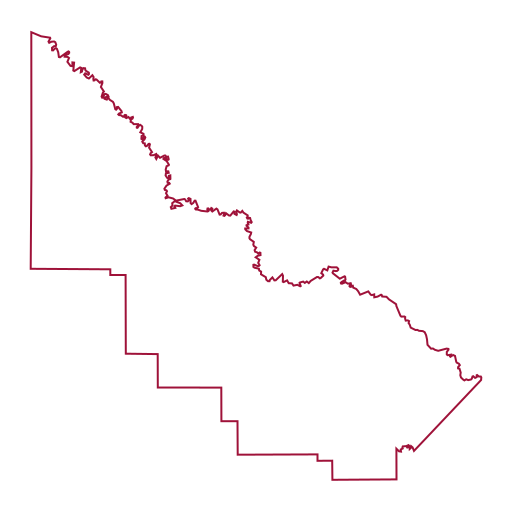 Libertador General San Martín, Chaco, Argentina
{"feature_id": "61730980B66266771841510", "entity_name": "Libertador General San Martín", "entity_type": "district", "adm_level": 2, "iso_a3": "ARG", "parent_name": "Argentina", "parent_adm1": "Chaco", "projection": "robinson", "projection_center": [-59.436, -26.27], "detail": "fine", "context": "isolated", "style": "outline", "palette": "rose", "viewbox_px": 512, "rotation_deg": 0, "n_neighbors": 0, "source": "geoboundaries", "source_scale": "gbopen_adm2", "svg_char_len": 5981}
<svg xmlns="http://www.w3.org/2000/svg" viewBox="0 0 512 512"><path d="M30.7,268.8L110.3,269.3L110.3,275.0L125.6,275.0L125.8,353.7L157.7,354.1L157.8,387.5L221.3,387.6L221.4,421.2L237.5,421.2L237.7,454.7L317.5,454.4L317.5,460.8L332.2,460.7L332.4,479.8L396.5,479.4L396.4,448.7L399.0,451.3L401.0,451.6L400.7,449.5L402.7,448.5L402.4,447.4L402.8,446.4L406.4,446.1L407.2,447.5L407.7,447.5L408.7,446.7L407.4,445.6L408.5,445.1L409.6,446.2L409.7,449.0L410.8,448.0L411.2,446.2L412.6,447.4L414.0,450.9L481.1,380.0L481.3,377.4L480.8,376.5L478.9,376.5L477.1,375.0L476.7,375.2L476.7,377.1L475.1,377.9L473.2,376.2L472.5,376.5L471.8,378.7L471.0,379.5L468.2,380.1L466.2,379.3L464.4,380.4L463.3,379.7L461.0,377.5L460.3,375.2L460.7,372.6L459.5,368.7L458.1,368.4L458.1,367.1L459.8,365.1L458.9,363.7L456.7,362.6L456.2,361.6L455.0,355.9L453.1,355.0L450.4,356.8L450.0,356.4L450.7,354.7L447.7,355.2L446.8,354.5L446.8,351.9L448.5,349.7L448.4,348.9L446.6,348.6L438.2,350.8L434.9,349.8L432.9,348.5L431.1,348.7L427.5,344.8L427.0,339.3L426.1,335.2L424.7,332.2L422.8,331.1L419.0,330.8L417.4,329.9L415.5,330.0L410.7,327.6L409.7,324.6L408.6,323.1L409.1,321.1L407.8,320.4L405.7,320.6L405.1,318.6L405.2,317.0L404.4,316.5L401.3,316.6L400.4,315.7L396.4,306.1L396.1,304.2L389.0,299.4L386.5,296.8L382.2,296.5L381.7,295.0L381.1,294.7L377.6,296.6L374.3,297.3L374.2,294.4L371.9,295.1L370.7,294.7L368.3,291.4L360.1,294.7L358.2,291.3L356.3,289.0L353.2,287.6L352.8,285.7L352.0,285.8L351.1,286.8L350.2,286.9L349.5,286.2L349.7,285.4L351.0,284.2L350.7,283.2L347.8,283.7L345.6,282.2L342.0,283.7L341.0,283.5L340.8,282.8L341.6,282.0L344.1,280.5L344.9,280.6L345.5,279.5L345.1,276.6L344.5,276.3L339.8,278.7L332.9,273.3L332.5,272.6L333.4,270.7L335.9,271.1L337.1,270.9L338.2,269.9L338.2,268.7L336.7,267.3L331.3,267.3L328.6,266.6L327.3,270.4L324.0,268.8L323.1,269.4L321.3,273.2L323.1,274.6L323.3,275.6L320.6,278.1L319.8,278.4L318.4,277.1L317.0,277.0L310.7,280.9L308.8,283.1L306.8,281.5L304.8,282.9L303.2,281.6L299.9,282.5L299.5,282.9L300.7,286.0L300.2,286.3L297.4,284.8L293.5,285.6L292.0,283.4L288.7,283.2L287.1,280.4L283.6,282.1L282.8,281.7L283.0,275.8L282.2,274.1L275.7,280.3L274.4,280.4L272.4,277.4L269.8,280.0L269.5,281.2L268.0,281.2L266.3,279.7L265.8,277.2L261.0,274.3L261.1,271.6L259.2,270.5L258.9,268.7L254.5,267.7L253.4,266.9L253.4,264.8L254.1,264.6L257.6,266.1L258.8,266.0L259.6,265.2L258.2,262.9L259.4,259.8L255.7,257.3L257.7,255.8L260.5,255.1L260.4,252.8L259.7,252.5L258.2,253.5L257.1,252.4L255.1,251.7L254.6,250.1L256.2,247.6L253.9,246.0L253.3,244.7L253.8,241.9L250.0,239.2L249.4,238.1L249.5,236.7L250.9,234.0L251.2,232.5L247.0,231.1L245.3,229.4L245.2,228.5L248.5,228.4L248.5,227.5L246.5,225.8L246.5,225.2L248.4,224.5L247.7,222.9L247.9,221.8L251.2,222.8L251.7,222.1L250.5,219.8L250.1,218.0L248.9,217.8L248.1,218.7L247.4,218.6L246.8,217.6L247.6,216.6L247.7,215.4L243.4,212.6L242.3,210.9L240.7,212.6L239.8,212.5L236.9,210.4L236.3,211.5L236.9,214.3L236.6,215.0L234.5,213.9L234.3,211.6L233.7,211.4L230.3,215.6L229.0,215.5L226.0,213.2L225.2,215.2L224.3,215.9L223.5,215.6L224.3,213.5L224.0,212.7L222.0,212.9L220.6,214.5L219.6,214.6L217.5,209.4L216.4,208.6L212.3,211.5L211.6,210.8L212.3,208.6L211.3,208.0L210.5,209.5L209.7,209.8L208.3,208.4L207.5,208.5L207.3,209.6L208.2,211.2L207.5,211.5L201.2,210.8L197.8,209.6L195.8,209.5L195.2,208.8L195.6,208.2L197.2,208.0L198.1,207.2L195.5,200.7L194.6,200.7L193.3,202.9L191.6,204.1L190.6,203.1L190.5,198.9L188.8,198.1L188.1,198.6L188.9,200.3L187.8,201.4L186.2,201.3L185.2,199.5L184.3,199.0L176.2,200.6L175.7,201.0L176.1,201.7L180.2,203.2L182.3,205.4L180.2,206.2L175.1,205.6L174.5,206.4L175.3,207.9L171.4,208.8L170.8,207.1L172.5,205.5L172.2,203.2L174.5,201.4L175.0,199.9L173.1,198.5L168.6,197.3L165.7,198.2L165.5,197.5L167.5,195.7L166.0,193.2L167.0,191.2L166.4,190.3L164.8,189.9L164.4,188.7L166.5,185.6L169.7,183.7L169.2,182.9L167.6,182.7L167.4,181.5L168.6,179.5L170.3,179.1L170.4,178.6L170.3,175.4L168.9,175.8L169.0,177.2L168.3,178.3L167.2,177.9L165.6,175.5L165.9,173.4L168.7,172.8L168.3,171.3L166.0,171.3L165.7,169.5L166.6,166.2L168.7,165.3L168.9,164.7L166.7,161.1L163.4,158.9L163.7,158.2L164.8,157.9L166.1,158.4L166.9,159.5L168.4,159.7L168.7,159.2L168.0,156.6L166.4,156.9L165.4,155.5L164.4,155.5L160.0,157.8L158.0,155.6L156.3,159.0L155.4,157.4L156.4,154.9L156.2,154.0L153.5,155.2L150.8,155.3L150.1,154.5L150.6,153.2L152.0,152.1L149.1,147.7L149.9,144.3L149.5,143.8L148.6,143.9L146.7,146.1L145.7,146.3L144.9,145.3L144.8,143.4L143.2,143.2L142.3,141.7L144.5,139.3L145.3,137.5L144.8,136.6L144.3,136.3L142.4,139.5L141.4,138.9L141.6,136.0L143.3,135.3L143.6,134.3L143.5,133.8L140.3,132.3L142.2,129.0L142.3,126.8L141.7,125.9L140.1,124.8L139.1,125.5L137.5,127.8L136.8,127.7L136.7,127.1L138.3,125.0L138.1,124.1L133.6,124.1L132.5,122.7L130.6,121.8L130.9,119.6L132.4,118.7L133.0,117.6L132.8,116.9L131.1,117.5L130.3,119.3L128.5,117.0L126.3,118.1L125.4,117.5L126.4,115.8L126.2,115.2L125.0,114.9L124.3,115.4L124.0,116.5L123.1,116.8L120.8,115.2L119.0,115.1L118.3,114.4L119.1,113.5L121.8,112.4L121.5,111.1L118.1,106.9L117.0,107.1L117.0,108.7L116.1,109.7L115.3,109.2L113.8,103.4L112.9,101.8L109.9,99.9L108.4,98.1L107.6,98.1L106.8,99.6L104.5,98.8L104.0,98.0L106.5,96.8L108.5,96.5L107.9,95.1L105.7,93.9L104.6,94.1L103.0,97.2L102.2,97.7L101.6,96.6L102.9,92.6L103.9,91.5L100.9,87.0L102.4,83.0L102.3,81.4L101.3,81.4L100.8,82.5L99.9,82.8L96.5,79.5L95.4,79.3L94.5,80.4L93.6,80.5L93.3,78.9L93.6,77.1L92.4,75.2L88.9,78.5L86.7,77.5L84.2,74.6L85.2,73.3L88.3,74.8L89.0,74.0L88.8,72.6L86.0,70.9L85.3,70.0L85.1,68.3L83.4,68.1L82.3,69.8L82.0,71.6L80.8,72.2L81.3,67.9L80.1,67.4L74.3,71.1L73.3,70.5L74.1,62.6L72.4,62.4L72.4,66.2L70.5,65.9L67.4,61.8L69.0,58.0L67.6,56.9L64.6,56.7L64.8,55.3L68.4,54.0L69.2,52.8L69.1,51.9L68.5,51.4L67.6,51.8L60.0,57.3L58.9,57.0L58.2,52.2L56.9,48.8L56.0,48.2L54.7,48.7L53.1,50.4L52.1,50.3L52.0,47.8L54.2,46.1L55.8,46.1L56.2,44.7L55.3,42.2L54.1,41.5L51.5,41.7L49.2,42.8L48.5,41.6L50.3,38.4L50.1,37.7L41.1,36.3L31.3,32.2L31.4,168.1L30.7,268.8Z" fill="none" stroke="#9f1239" stroke-width="2"/></svg>